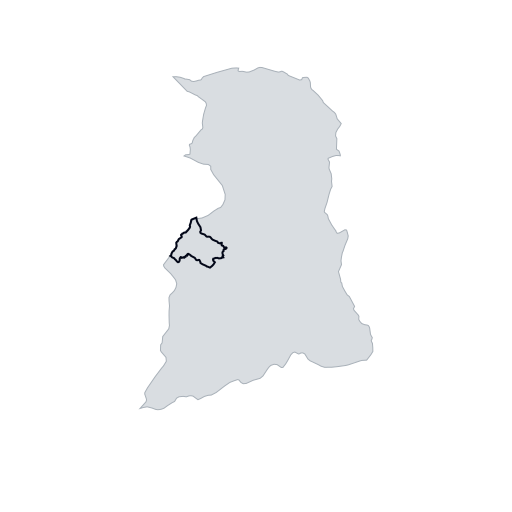 where Basse-Kotto sits in Central African Republic, rotated 112°
{"feature_id": "CAF-794", "entity_name": "Basse-Kotto", "entity_type": "Prefecture", "adm_level": 1, "iso_a3": "CAF", "parent_name": "Central African Republic", "parent_adm1": "", "projection": "natural_earth1", "projection_center": [21.411, 4.979], "detail": "medium", "context": "in_parent", "style": "outline", "palette": "ink", "viewbox_px": 512, "rotation_deg": 112, "n_neighbors": 0, "source": "natural_earth", "source_scale": "10m", "svg_char_len": 5586}
<svg xmlns="http://www.w3.org/2000/svg" viewBox="0 0 512 512"><g transform="rotate(112 256 256)"><path d="M345.0,188.1L349.2,189.3L349.9,190.8L348.8,195.7L349.6,198.7L351.9,201.3L354.3,202.4L356.6,203.0L364.6,204.6L367.9,206.4L372.3,212.1L377.8,217.3L379.2,220.0L378.9,222.5L377.3,225.5L377.5,226.8L380.1,229.8L383.0,232.9L388.3,236.4L397.5,241.8L401.7,245.4L403.1,248.2L405.5,251.2L408.8,253.9L411.0,256.0L409.5,261.9L409.9,263.9L410.7,265.6L412.7,267.9L413.4,270.9L415.4,274.7L417.6,276.4L421.4,277.0L423.4,278.8L427.6,281.8L431.6,284.3L433.3,286.1L434.4,287.7L435.3,289.5L435.8,291.4L435.9,295.4L436.6,300.4L438.7,303.8L440.8,306.4L432.5,303.4L431.3,303.4L429.8,303.9L425.6,307.5L424.2,307.9L418.8,307.2L405.7,304.3L395.6,301.6L392.6,300.6L387.2,299.7L383.7,301.5L380.4,307.9L379.4,309.2L374.1,311.1L371.7,310.5L365.6,312.3L356.2,309.6L352.9,310.2L350.3,311.5L343.6,314.4L339.5,316.0L334.7,317.5L330.2,319.8L327.2,321.1L324.2,321.1L321.5,319.8L318.6,318.7L315.1,318.4L311.4,319.1L308.3,321.6L307.1,323.5L304.4,328.3L301.2,336.1L300.0,337.7L298.8,338.5L284.2,334.6L277.9,333.7L273.6,334.9L268.3,332.7L266.0,332.3L264.9,333.0L261.9,332.0L257.0,329.3L252.4,328.2L248.3,328.6L245.7,327.7L243.7,325.1L241.0,320.3L236.3,315.6L229.9,311.8L225.9,308.9L224.3,307.0L220.9,306.0L215.6,305.8L210.5,307.6L203.3,313.6L196.5,325.7L192.7,330.4L189.7,331.6L189.0,334.5L190.5,339.1L190.8,344.5L189.8,353.6L190.2,360.2L188.6,359.2L187.0,356.1L186.3,355.4L181.8,356.8L179.5,358.1L178.3,359.3L177.4,359.5L175.9,357.8L174.8,357.5L173.1,357.8L171.3,357.8L170.1,357.6L169.4,357.7L167.3,356.7L159.6,354.2L158.3,353.3L156.8,353.4L152.8,355.6L150.7,356.2L144.3,357.6L137.5,358.3L134.9,358.3L133.2,359.3L132.0,360.7L129.9,369.1L129.3,370.5L129.4,372.7L128.8,379.4L129.1,381.5L120.9,400.1L119.6,397.0L118.7,393.4L118.4,389.2L118.6,388.1L118.1,386.9L117.4,383.5L118.1,381.3L117.5,379.0L116.0,376.8L114.5,375.0L113.7,373.5L113.0,372.8L111.4,372.6L109.3,371.8L100.3,360.9L90.9,348.7L89.0,344.7L88.3,342.4L90.6,342.2L91.1,341.8L91.2,340.7L89.8,337.6L89.1,333.6L87.9,331.2L84.3,327.4L80.8,324.6L79.7,323.1L79.0,321.0L77.7,307.8L77.1,304.1L76.0,302.4L75.2,301.7L74.9,300.7L75.1,298.4L75.5,296.3L75.5,295.5L76.5,293.6L76.5,281.4L75.4,279.7L73.3,279.7L72.2,277.9L71.2,275.7L71.5,274.1L73.6,271.6L74.9,270.6L78.9,268.7L80.0,267.7L80.8,266.5L81.2,264.9L83.6,258.6L87.0,252.4L88.5,251.1L92.0,241.8L92.9,239.5L93.5,237.1L94.6,235.2L98.4,232.1L101.3,226.6L104.4,226.9L107.6,227.8L111.6,228.2L114.9,227.2L116.9,225.0L126.9,221.4L127.6,218.4L129.2,216.9L131.0,215.5L131.6,215.4L131.7,216.3L132.8,219.4L135.1,222.4L138.4,225.7L139.3,225.5L141.4,223.0L146.6,221.5L147.9,220.8L151.6,217.1L156.0,214.7L158.6,213.9L163.0,211.5L166.2,211.8L171.3,211.4L179.8,210.2L185.9,209.9L189.1,209.4L189.8,208.9L191.0,205.4L192.0,204.4L194.3,202.9L198.8,197.5L201.8,193.0L202.7,191.4L203.3,191.1L204.6,189.2L203.3,187.3L198.3,183.3L198.3,182.8L198.0,182.1L198.3,181.5L200.3,179.9L202.9,178.0L205.6,177.4L212.9,177.5L219.0,177.1L220.5,177.2L225.3,176.3L228.6,175.4L232.0,173.5L239.6,173.7L246.0,168.8L247.9,167.9L248.7,167.2L248.9,166.4L251.9,164.5L255.2,160.5L257.9,156.9L258.6,154.3L265.8,145.7L268.4,145.9L269.6,144.8L272.5,139.0L273.3,138.0L276.3,137.0L277.7,135.3L279.0,132.7L279.0,129.6L278.4,127.1L278.4,125.8L279.1,124.7L280.3,123.6L285.7,120.5L287.1,119.0L288.0,117.7L289.5,117.4L291.2,117.5L292.2,116.7L293.4,115.3L297.2,113.4L300.7,111.9L304.4,112.5L311.1,114.4L313.1,118.6L314.1,120.0L322.4,129.7L324.0,132.0L328.1,139.1L330.6,143.8L333.5,150.7L333.8,154.4L333.4,157.6L332.9,166.6L332.1,169.2L328.5,174.1L328.3,176.3L329.1,178.1L330.2,178.9L330.9,179.8L330.5,184.0L331.8,185.6L334.5,186.7L341.4,187.5L345.0,188.1Z" fill="#d9dde1" stroke="#a8b0b8" stroke-width="1"/><path d="M247.0,329.5L246.3,329.3L245.8,328.8L242.8,325.7L245.4,324.1L246.1,323.5L247.7,321.7L250.1,318.3L252.8,316.6L254.5,316.8L255.3,316.2L255.6,315.0L255.4,312.5L255.4,311.5L256.5,309.2L256.4,308.5L255.7,306.8L255.5,305.9L255.8,305.0L256.7,303.5L257.1,302.3L257.2,299.6L257.1,297.5L257.2,297.1L258.0,296.1L257.8,294.1L257.6,293.8L256.8,293.3L256.6,292.7L257.1,292.5L258.5,292.1L259.0,291.7L258.9,290.2L259.8,289.0L259.9,288.5L259.9,288.1L259.2,287.0L259.4,286.4L260.0,286.3L260.7,286.7L261.2,287.3L261.8,288.3L262.8,288.4L263.5,287.9L264.9,288.5L265.7,288.3L266.7,287.7L267.8,286.4L268.1,286.5L268.6,287.0L268.9,287.0L269.6,285.9L270.3,286.9L271.0,287.4L272.0,289.2L272.2,289.8L272.1,290.8L273.1,293.1L273.8,293.5L274.5,294.6L275.5,294.5L276.4,293.8L277.2,291.8L279.6,292.2L281.5,292.9L284.0,294.3L284.0,297.1L284.2,297.6L283.8,298.8L283.7,302.4L283.4,304.2L283.3,304.8L282.0,305.7L280.9,307.1L281.0,307.6L281.8,308.6L282.0,309.1L282.1,309.8L281.8,310.4L280.8,311.8L280.6,312.3L280.2,316.3L279.8,316.9L279.5,318.2L279.7,318.7L279.3,319.4L279.5,319.9L279.9,320.2L280.3,320.3L280.7,320.0L280.9,320.0L281.2,320.4L281.6,320.2L281.9,320.9L282.4,321.3L282.8,321.3L283.2,321.1L283.8,322.0L284.0,321.8L284.4,321.8L284.5,322.0L284.2,322.3L284.4,323.0L285.2,323.7L285.6,324.3L285.5,324.6L285.1,325.1L285.2,325.4L286.8,325.8L288.5,325.2L289.6,325.1L290.6,325.4L291.0,326.1L290.6,327.4L289.6,329.1L289.4,330.0L288.7,331.0L288.7,333.0L288.5,333.8L287.9,334.8L287.9,335.4L286.9,334.9L285.4,335.3L283.0,335.0L281.7,334.0L280.3,334.0L279.9,333.6L278.9,333.2L276.4,333.3L273.6,334.9L272.5,334.7L271.8,334.1L269.6,334.0L269.0,333.8L266.5,332.0L265.9,332.1L265.5,332.4L264.9,333.2L264.3,333.4L263.9,333.0L262.8,332.7L262.6,332.2L261.5,331.7L260.5,329.9L257.3,328.7L254.6,328.0L253.5,328.1L252.4,328.9L249.4,329.0L247.0,329.5Z" fill="none" stroke="#020617" stroke-width="2"/></g></svg>